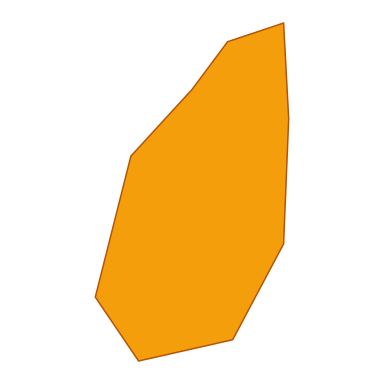 the border of Redonda
{"feature_id": "ATG-5092", "entity_name": "Redonda", "entity_type": "Dependency", "adm_level": 1, "iso_a3": "ATG", "parent_name": "Antigua and Barbuda", "parent_adm1": "", "projection": "albers", "projection_center": [-62.345, 16.936], "detail": "fine", "context": "isolated", "style": "filled", "palette": "amber", "viewbox_px": 384, "rotation_deg": 0, "n_neighbors": 0, "source": "natural_earth", "source_scale": "10m", "svg_char_len": 247}
<svg xmlns="http://www.w3.org/2000/svg" viewBox="0 0 384 384"><path d="M192.0,89.5L227.6,41.7L283.6,23.0L288.7,118.8L283.6,243.9L232.7,339.7L138.6,361.0L95.3,297.1L130.9,156.1L192.0,89.5Z" fill="#f59e0b" stroke="#b45309" stroke-width="1.5"/></svg>